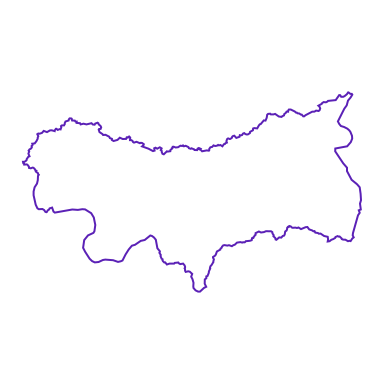 Chong-Alay, Osh, Kyrgyzstan (Robinson projection)
{"feature_id": "92254566B65536554507768", "entity_name": "Chong-Alay", "entity_type": "district", "adm_level": 2, "iso_a3": "KGZ", "parent_name": "Kyrgyzstan", "parent_adm1": "Osh", "projection": "robinson", "projection_center": [72.267, 39.516], "detail": "fine", "context": "isolated", "style": "outline", "palette": "violet", "viewbox_px": 384, "rotation_deg": 0, "n_neighbors": 0, "source": "geoboundaries", "source_scale": "gbopen_adm2", "svg_char_len": 5978}
<svg xmlns="http://www.w3.org/2000/svg" viewBox="0 0 384 384"><path d="M32.3,143.7L32.6,144.5L32.4,145.4L31.6,146.0L31.8,147.5L30.8,148.7L29.5,149.4L28.6,150.7L29.2,151.6L28.4,153.6L29.5,156.3L28.4,156.7L27.8,157.5L26.7,159.1L26.6,160.1L25.6,161.1L24.3,161.8L23.0,161.8L23.2,163.0L23.5,163.5L24.1,163.7L24.2,164.6L26.7,164.4L27.4,164.7L28.9,166.6L29.0,167.9L30.8,168.3L32.6,167.6L33.5,167.8L34.9,169.2L35.4,170.4L36.3,170.7L35.9,171.6L38.0,173.2L38.1,174.1L38.8,174.8L38.0,175.9L37.8,180.1L37.0,183.6L34.6,187.3L33.6,191.5L33.6,195.3L35.7,204.7L37.4,208.3L38.8,209.2L42.4,209.0L44.1,210.0L45.4,211.9L46.4,212.2L46.9,211.9L47.7,210.4L49.0,209.6L49.6,208.4L52.1,207.6L53.5,211.6L54.8,212.6L72.3,209.5L77.9,209.9L82.3,209.2L85.1,209.4L91.2,213.2L93.8,217.5L95.3,225.0L94.4,231.3L93.4,232.9L88.0,235.4L84.2,240.1L83.1,247.8L85.1,251.7L89.6,258.7L92.1,261.1L94.8,262.4L98.6,262.0L102.9,260.0L105.3,259.6L113.1,260.2L118.0,261.9L120.7,261.3L122.5,260.5L125.6,254.4L128.7,249.5L131.9,245.7L135.0,244.8L140.7,240.9L144.7,240.0L150.3,235.5L152.0,236.0L153.9,237.4L155.8,239.7L157.4,248.3L159.8,251.2L159.9,251.8L159.4,252.8L160.8,255.0L160.5,256.0L161.6,258.7L162.6,259.3L162.5,260.3L162.9,261.1L164.3,262.5L165.2,262.4L166.9,264.5L169.5,263.6L174.1,263.6L174.7,262.9L178.3,262.5L178.7,263.2L180.2,264.1L183.1,263.6L184.6,265.4L185.1,266.8L185.1,267.4L184.6,268.3L185.0,268.9L185.1,270.8L185.7,271.9L188.2,271.3L189.8,271.7L192.2,273.9L191.2,276.7L192.5,279.2L193.5,282.8L193.3,286.3L193.5,288.0L195.6,290.4L198.1,291.6L200.0,291.6L204.0,287.9L206.2,286.8L204.7,283.7L204.8,279.4L206.3,278.3L206.3,276.4L207.5,276.0L208.8,272.8L208.9,271.4L210.2,268.6L209.9,268.2L210.4,266.3L211.5,265.1L213.4,262.0L213.3,261.4L213.9,259.3L213.0,257.7L213.0,257.0L215.0,255.7L215.8,254.6L216.9,251.5L220.3,249.6L220.5,248.6L221.6,247.8L222.0,246.7L223.2,245.4L224.5,245.1L227.3,245.6L229.0,245.2L231.9,246.2L233.3,245.2L234.8,244.7L237.0,242.6L240.4,242.1L242.2,242.6L243.1,242.2L244.0,242.4L244.9,242.2L245.8,241.2L249.9,240.8L251.7,240.2L252.0,238.2L253.1,238.0L253.0,237.6L254.3,236.5L254.6,235.5L255.6,234.8L255.6,233.1L258.9,231.5L261.0,232.5L263.9,232.1L266.0,231.2L271.1,231.3L272.3,232.1L272.5,233.5L273.7,235.2L273.4,236.2L275.3,238.0L275.6,239.5L276.4,239.8L279.2,237.4L281.3,237.6L282.7,236.0L284.1,235.6L284.7,234.5L285.2,231.5L286.6,230.5L287.2,228.6L287.1,228.0L287.6,227.3L287.9,226.9L288.8,227.0L289.1,226.7L288.9,226.3L289.3,226.0L290.7,226.4L292.0,227.6L292.8,227.8L295.3,227.6L297.0,228.0L298.5,227.5L301.0,229.1L305.6,227.2L307.4,227.0L309.2,229.4L312.1,230.4L313.4,231.3L314.5,231.1L315.3,232.6L317.9,233.0L318.8,233.7L320.6,233.6L324.1,236.0L327.7,236.8L328.1,239.3L327.7,241.5L329.6,241.2L331.3,239.8L333.2,239.1L335.2,237.9L335.5,237.0L337.6,236.1L338.6,236.6L339.6,236.5L341.7,238.5L341.8,239.1L343.1,239.6L345.4,239.7L348.0,241.2L349.5,240.8L350.6,241.1L352.3,238.5L353.7,237.4L352.7,235.4L353.0,233.0L358.0,215.3L359.7,212.8L358.8,210.3L360.8,209.5L360.0,203.6L361.0,200.2L360.6,193.8L359.7,187.3L357.1,184.3L351.6,179.8L347.0,171.1L347.0,167.7L343.2,163.3L335.2,151.3L335.3,148.5L347.2,146.3L350.8,142.1L352.2,138.6L352.0,135.8L350.4,131.9L349.3,130.4L347.4,128.7L344.1,127.0L340.9,126.0L339.2,123.9L337.9,121.4L344.3,108.7L346.7,105.4L348.0,100.6L350.6,97.5L352.3,94.7L351.8,93.9L350.4,93.9L348.5,92.4L348.1,92.4L346.9,94.2L344.6,96.1L343.2,96.8L341.2,96.8L340.2,95.2L339.2,95.1L335.7,100.1L328.0,100.9L327.4,101.6L325.9,102.3L323.6,102.1L322.0,103.2L321.8,103.8L318.4,105.7L319.5,106.7L320.2,108.4L319.6,110.2L318.6,111.0L316.1,110.6L314.5,111.6L312.2,111.7L305.5,115.2L304.2,116.3L303.2,116.3L301.7,114.6L300.8,114.6L299.3,113.5L297.5,113.3L296.8,112.6L296.0,112.6L294.8,111.5L290.7,109.5L288.9,109.5L288.2,110.5L288.1,111.7L286.6,111.6L285.7,113.0L284.3,114.0L284.0,115.4L282.1,116.3L281.6,116.9L278.8,116.5L275.1,113.9L273.5,114.4L270.8,114.4L270.2,113.7L268.1,113.9L267.2,114.7L266.7,117.8L265.5,120.6L263.8,120.4L260.7,124.1L259.8,124.3L258.9,125.4L257.2,128.4L254.2,128.1L253.1,128.5L252.9,130.3L250.1,131.8L249.9,133.1L247.9,134.4L246.8,134.5L245.4,134.1L244.2,133.1L243.0,133.6L242.1,135.0L240.8,135.4L239.8,135.2L239.5,136.8L236.3,137.9L234.3,135.7L233.1,136.0L232.2,136.7L232.0,137.7L230.4,138.9L229.7,139.0L228.1,138.4L227.1,139.1L226.4,141.2L226.9,142.6L225.4,143.2L224.9,144.0L223.9,144.2L222.4,146.3L220.4,145.0L218.9,145.4L218.1,144.9L217.0,145.7L215.1,146.0L213.5,145.4L212.2,146.9L210.4,147.3L209.3,148.8L209.2,150.4L208.9,150.7L206.7,150.4L202.1,151.3L200.8,149.9L199.5,149.4L200.4,148.7L198.8,148.0L197.6,148.6L197.1,150.1L194.5,150.0L194.2,149.4L191.5,148.3L190.8,148.8L188.9,148.2L188.4,147.1L185.7,145.8L183.9,146.3L183.0,145.4L182.2,146.0L180.4,145.7L178.1,147.2L175.7,147.5L173.6,146.7L172.7,146.8L172.6,147.7L172.0,148.1L172.2,148.5L170.4,150.0L170.3,151.2L167.6,151.6L166.9,151.3L163.8,154.3L162.5,153.8L161.8,152.2L161.6,150.6L160.8,150.1L161.6,148.4L159.8,147.3L157.2,148.7L155.5,147.7L154.2,148.3L154.6,150.6L153.0,151.1L148.5,148.7L142.1,146.4L143.6,145.0L143.8,144.2L142.1,143.0L140.8,142.8L139.9,143.2L136.5,141.8L134.0,142.6L133.1,142.1L132.5,140.9L131.3,140.1L130.0,140.1L130.2,137.5L129.1,136.5L127.9,137.6L127.2,137.2L126.7,137.3L126.1,138.9L122.7,139.0L119.8,137.7L117.5,139.9L113.6,141.0L111.9,140.0L111.9,138.8L109.9,138.1L109.2,136.7L105.5,134.8L103.1,135.0L102.5,134.1L99.5,132.1L98.7,129.6L99.1,129.0L100.6,128.9L101.2,127.3L100.5,125.9L98.7,124.4L98.4,123.3L97.6,122.7L95.2,123.6L94.6,124.7L92.8,124.5L91.5,123.2L86.5,124.4L83.5,123.7L80.6,124.4L80.0,123.2L76.6,122.9L76.7,121.6L75.5,121.6L74.8,120.6L72.1,120.5L71.7,118.7L71.1,118.4L69.6,118.4L68.9,119.3L68.6,120.5L65.5,121.5L64.7,123.2L64.8,124.0L64.0,125.4L61.9,125.4L61.0,126.1L61.3,127.4L60.6,129.3L60.1,129.0L57.7,129.9L56.5,128.8L55.9,128.8L54.6,130.6L54.6,131.1L51.7,130.3L50.0,130.4L47.0,132.1L43.7,130.9L42.0,132.9L39.6,133.7L38.3,133.5L37.3,134.2L38.3,136.2L37.7,137.6L37.7,138.7L36.4,141.2L34.7,143.4L32.3,143.7Z" fill="none" stroke="#5b21b6" stroke-width="2"/></svg>